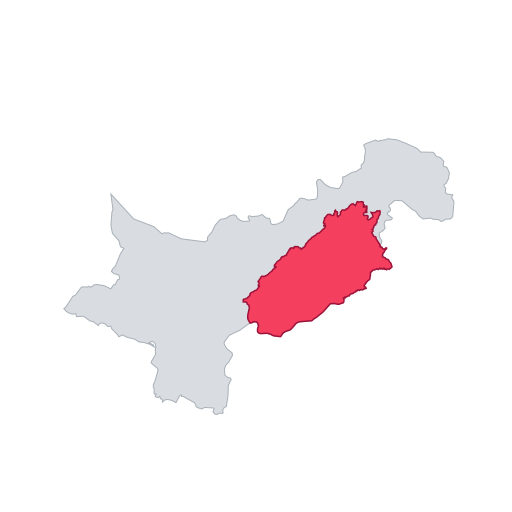 Pakistan, with Punjab highlighted, rotated 27°
{"feature_id": "PAK-1113", "entity_name": "Punjab", "entity_type": "Province", "adm_level": 1, "iso_a3": "PAK", "parent_name": "Pakistan", "parent_adm1": "", "projection": "equal_earth", "projection_center": [72.142, 30.862], "detail": "fine", "context": "in_parent", "style": "filled", "palette": "rose", "viewbox_px": 512, "rotation_deg": 27, "n_neighbors": 0, "source": "natural_earth", "source_scale": "10m", "svg_char_len": 9774}
<svg xmlns="http://www.w3.org/2000/svg" viewBox="0 0 512 512"><g transform="rotate(27 256 256)"><path d="M407.8,117.8L413.4,131.7L412.5,134.7L408.4,137.0L406.8,139.9L404.9,141.2L402.3,140.7L396.9,142.9L394.4,142.9L388.1,147.1L383.1,146.3L378.0,143.7L373.5,143.5L361.1,140.5L354.6,143.3L351.5,150.3L351.8,151.6L354.0,152.6L354.9,153.9L355.0,155.0L353.6,158.0L354.5,159.4L360.2,160.2L360.3,161.3L359.6,162.8L355.5,165.3L355.1,167.0L355.6,169.3L358.4,172.5L357.8,175.6L355.5,179.3L355.7,180.6L358.1,183.5L361.5,185.7L362.0,189.0L361.6,190.3L362.5,191.4L368.5,191.7L368.1,195.5L369.0,198.5L371.0,199.4L374.8,199.3L379.6,201.6L381.6,204.0L381.4,205.6L380.1,207.6L370.2,212.5L366.6,215.9L365.8,218.6L367.5,225.0L366.0,232.2L366.5,233.6L367.9,234.1L368.3,236.1L363.4,239.8L362.6,239.8L356.2,249.5L354.1,251.7L353.8,253.9L354.8,257.3L352.4,260.6L344.1,264.8L341.2,274.8L334.8,288.5L323.7,295.7L322.8,297.2L319.5,306.4L316.0,310.8L314.4,316.5L308.0,319.0L300.9,320.0L294.8,323.1L293.2,323.2L291.2,321.6L289.9,317.2L287.2,314.9L285.5,314.9L280.4,319.5L275.4,329.4L268.2,338.7L266.8,347.1L267.5,348.8L272.0,351.8L278.5,353.1L280.2,355.1L279.9,362.8L278.7,366.6L279.2,370.9L282.4,376.3L286.1,377.0L288.5,376.4L290.0,377.4L290.1,383.9L294.6,393.5L297.9,403.6L296.5,405.4L296.4,406.7L296.4,408.9L297.9,410.5L297.8,411.3L294.7,412.8L293.0,415.0L291.2,415.6L288.5,414.5L287.9,410.8L286.7,410.9L278.9,414.3L277.3,416.9L273.0,417.6L271.2,417.4L268.1,414.7L254.9,414.2L253.4,414.9L252.5,413.6L251.4,414.9L251.3,423.0L246.6,422.9L242.4,423.9L240.0,425.8L239.0,428.6L237.5,426.1L235.7,426.6L233.9,424.6L233.1,426.6L230.1,427.1L229.6,424.2L228.0,425.2L226.8,423.6L226.3,421.5L224.1,419.5L223.0,417.3L222.6,412.1L220.4,401.7L219.0,400.8L211.1,398.9L210.7,397.1L211.2,389.2L208.7,385.1L208.0,382.3L205.9,379.8L203.9,379.1L201.8,379.4L200.0,382.0L204.5,381.7L206.7,383.3L202.0,382.8L195.0,384.0L190.9,385.7L185.4,385.2L178.5,386.9L172.9,387.0L170.4,390.3L168.2,388.9L160.4,386.3L158.6,384.4L156.1,386.1L151.8,384.9L148.5,385.8L147.3,387.3L147.1,389.6L140.8,388.4L137.6,389.2L130.7,388.1L128.8,388.4L123.6,391.6L121.4,389.2L119.1,391.1L115.5,391.7L112.2,391.5L108.7,390.2L109.8,387.6L111.1,375.1L113.0,372.7L114.3,364.1L115.0,362.5L120.0,360.1L120.8,358.7L123.0,359.0L124.6,355.5L127.2,353.6L134.1,351.4L141.5,351.2L142.2,346.3L143.5,345.2L143.5,339.9L144.8,338.7L144.7,337.9L143.8,336.4L142.1,335.3L137.1,336.2L134.1,335.3L134.2,332.5L135.3,328.8L134.2,315.5L134.8,309.1L131.0,309.3L126.9,304.6L117.9,301.1L112.9,294.7L107.7,282.3L107.4,279.5L98.6,266.7L130.2,278.5L151.7,276.2L162.0,278.9L163.5,277.2L167.9,275.0L181.7,274.6L204.1,266.6L205.7,263.9L204.5,261.9L204.4,260.2L205.8,254.7L205.6,247.2L206.8,242.2L207.9,239.3L211.8,236.5L214.5,232.0L216.5,230.2L218.3,229.1L220.3,229.3L222.0,230.7L225.4,231.4L228.6,231.0L234.2,228.1L234.1,227.2L231.5,225.3L231.1,223.9L232.1,223.1L234.3,222.8L239.7,219.5L242.6,216.3L248.0,217.5L251.0,216.3L254.6,220.3L256.3,220.6L260.4,217.9L264.3,212.8L263.7,200.0L266.9,193.6L266.9,191.5L267.9,189.7L268.9,184.9L270.2,183.8L272.8,183.0L277.0,182.6L283.6,178.1L284.0,176.0L281.2,169.6L276.2,162.5L276.6,159.7L278.6,158.6L284.9,160.9L291.2,161.1L298.9,158.6L299.7,156.8L299.8,150.5L297.3,146.4L299.2,144.7L303.6,137.9L306.7,135.4L309.9,129.9L308.4,127.2L309.5,124.2L309.0,120.7L308.0,119.4L306.2,113.5L304.6,110.9L301.6,108.3L302.6,106.3L309.9,98.4L312.8,98.5L313.8,97.1L318.9,93.4L320.1,91.7L328.9,88.5L338.2,87.6L350.5,87.1L355.6,88.6L366.2,83.4L367.9,83.4L371.7,85.5L374.8,84.6L376.5,84.9L380.3,86.4L381.9,90.8L382.5,91.1L384.7,90.3L386.4,90.7L390.6,94.2L392.4,99.7L392.4,105.1L391.2,107.1L391.4,108.1L394.4,109.7L395.9,113.6L397.9,114.1L403.6,112.1L403.8,115.0L407.8,117.8Z" fill="#d9dde1" stroke="#a8b0b8" stroke-width="1"/><path d="M379.6,201.4L381.4,203.1L382.0,203.8L382.1,204.4L381.9,204.9L381.3,205.7L380.9,207.3L380.0,207.3L379.0,207.9L378.5,208.3L378.6,208.9L377.9,208.8L377.5,209.1L377.2,209.2L376.0,208.6L375.6,208.7L375.8,209.5L375.1,209.4L374.9,209.5L374.6,210.2L374.3,210.3L373.0,210.4L372.7,210.9L371.9,210.5L371.5,211.1L371.4,212.0L371.0,212.6L370.6,212.7L369.4,212.5L368.8,213.6L368.3,214.0L366.5,215.6L366.3,216.1L366.2,217.1L366.0,217.4L365.9,217.9L365.6,218.1L365.4,218.6L366.7,221.2L367.3,223.6L367.9,224.7L367.9,225.1L367.8,225.6L367.0,227.0L366.3,229.2L366.2,229.8L366.2,230.9L365.8,232.5L366.0,233.4L366.4,234.1L366.7,234.2L368.0,234.0L368.8,234.9L367.3,235.9L367.0,236.4L367.0,236.9L366.1,238.0L364.9,238.2L364.6,238.4L364.3,238.8L363.8,239.8L362.7,239.6L362.2,239.8L361.9,240.3L362.1,240.8L361.9,241.2L361.0,241.8L361.2,242.5L360.6,243.2L359.8,244.4L359.6,244.9L359.4,245.2L359.2,245.7L358.2,246.2L357.4,247.2L357.2,247.6L357.3,248.6L357.2,249.2L356.9,249.5L356.2,249.8L354.7,252.1L354.1,252.1L354.3,252.8L353.9,252.7L353.5,253.0L353.2,253.3L353.0,253.9L354.0,254.5L354.8,256.3L355.1,257.4L355.0,258.1L351.8,261.3L351.1,261.8L347.5,262.7L344.1,264.6L343.8,265.0L341.2,275.2L337.7,283.2L335.9,286.2L335.3,288.0L334.7,288.6L324.5,294.9L324.0,295.3L322.5,297.4L322.1,298.5L320.9,303.8L320.5,305.1L320.0,306.2L319.2,307.2L316.8,309.5L315.2,311.9L314.9,313.0L314.6,316.2L314.5,316.6L314.3,316.8L308.3,319.0L306.7,319.2L305.1,319.0L303.4,319.2L301.7,319.6L300.2,320.2L295.5,323.0L293.9,323.4L292.5,323.2L291.5,322.4L290.8,321.0L290.2,319.4L290.2,317.9L290.0,317.3L288.6,315.6L287.5,314.8L286.5,314.5L285.4,315.0L284.3,315.2L283.9,315.5L282.8,317.0L281.2,318.4L279.0,317.1L277.8,316.2L277.1,315.5L275.9,313.3L275.6,312.6L274.4,308.3L274.3,307.6L273.9,306.9L273.9,305.6L273.6,305.1L272.8,304.4L272.3,303.2L269.9,302.8L269.7,302.6L269.7,302.1L269.5,301.9L268.4,301.6L267.6,301.6L265.5,302.7L264.5,300.8L264.5,300.3L264.7,300.0L266.1,299.1L267.2,297.3L268.5,293.8L268.4,293.5L267.9,292.8L268.0,291.6L268.3,290.8L269.3,289.8L270.7,287.4L271.6,286.5L272.0,285.8L272.7,281.9L272.7,281.2L272.4,281.1L271.9,281.6L271.7,281.6L271.2,280.8L271.3,279.2L271.2,278.7L270.7,278.3L269.6,278.1L269.4,277.8L270.0,274.2L270.0,272.3L270.3,271.5L270.6,271.2L271.3,270.9L272.5,270.7L272.9,270.2L273.7,268.9L274.7,268.0L275.8,264.8L276.9,262.3L277.2,261.3L277.2,260.5L277.4,259.7L278.1,258.7L278.6,257.6L278.8,256.7L278.5,256.5L277.9,256.5L277.6,256.7L277.3,257.3L277.2,257.3L277.1,257.0L277.1,256.2L276.6,255.8L276.6,255.5L277.2,253.3L277.3,251.9L277.6,251.2L279.4,247.6L279.4,247.2L279.1,246.3L279.5,244.9L279.7,244.6L280.4,244.5L282.0,242.0L282.6,241.8L282.7,241.7L282.7,241.0L282.5,240.3L282.8,235.1L283.0,235.3L283.3,234.7L283.1,233.4L283.2,233.2L284.7,232.2L286.0,232.1L286.1,231.8L285.9,230.6L286.3,230.7L286.5,230.5L286.7,229.8L287.1,229.4L288.1,229.3L289.0,228.6L289.6,228.7L290.7,229.2L292.2,228.6L293.3,229.4L293.6,228.7L294.1,228.1L294.0,227.6L294.2,226.8L294.4,226.6L294.9,226.3L295.1,226.0L295.2,225.1L295.0,224.3L295.4,223.8L294.8,222.7L295.8,219.8L295.7,218.7L297.0,215.8L297.3,214.3L297.5,213.8L298.4,212.7L298.7,211.6L299.8,210.4L299.9,209.9L300.0,209.1L300.2,208.4L300.9,207.5L301.9,206.9L302.1,206.5L302.5,204.9L303.1,203.6L303.2,202.4L304.3,200.5L304.4,200.0L304.5,198.2L304.3,197.8L304.2,197.5L304.0,197.3L303.8,197.3L303.6,197.7L303.3,197.9L303.0,198.4L302.8,198.5L302.6,198.3L302.5,197.7L302.8,196.6L302.7,196.0L302.6,195.9L301.3,196.1L301.1,195.9L300.9,195.5L300.6,193.9L300.5,192.7L299.8,190.8L300.3,190.3L300.6,188.0L300.8,187.3L301.2,186.4L301.6,186.1L303.5,185.1L304.5,185.6L306.2,185.0L306.4,184.8L306.8,184.2L306.8,183.9L306.6,183.5L306.3,183.5L306.2,183.4L306.4,182.1L306.1,181.3L306.0,180.8L305.8,180.4L305.7,180.0L305.9,179.3L306.0,179.1L306.5,179.7L307.1,179.9L307.4,180.0L308.2,179.7L308.8,180.1L309.2,180.7L309.3,181.8L309.7,182.6L310.4,183.4L311.3,183.9L311.5,183.6L311.5,182.6L311.7,182.1L312.2,181.3L312.3,180.7L312.3,180.2L311.5,179.2L311.4,178.9L311.3,178.5L311.8,177.3L311.7,176.4L312.1,175.8L313.2,175.2L314.2,175.1L314.5,174.7L314.6,174.1L315.2,172.9L316.0,172.3L316.2,172.0L316.2,170.9L316.5,170.1L316.6,168.8L317.5,166.4L318.3,165.9L318.8,165.3L319.3,165.5L320.0,165.6L320.7,165.9L321.1,165.6L321.6,165.9L321.7,164.9L321.4,162.4L321.7,161.5L323.8,160.9L325.3,159.6L326.1,159.4L327.2,159.4L327.7,160.8L327.9,161.1L329.2,161.4L329.6,161.6L329.6,161.8L329.0,162.5L328.9,162.8L329.5,163.4L329.8,163.6L330.4,163.3L330.8,162.5L331.2,162.3L331.3,161.8L331.7,161.3L332.0,161.2L332.4,161.7L332.2,162.2L332.3,162.5L332.7,162.9L333.1,162.8L333.2,163.0L333.2,163.7L332.9,164.2L333.2,164.4L333.6,164.3L333.9,164.6L333.8,164.9L333.3,165.4L333.2,165.8L333.3,166.1L334.0,166.1L334.4,166.3L334.9,166.4L334.9,166.9L333.1,167.9L332.7,168.5L332.6,169.2L333.1,170.4L333.5,170.8L334.0,170.8L334.4,170.7L335.8,169.8L336.5,169.5L337.2,169.4L337.6,169.5L338.0,170.1L338.4,171.0L338.2,172.0L338.6,172.5L339.5,172.9L339.9,172.7L340.9,171.3L341.6,169.4L342.3,168.5L342.5,167.9L340.7,166.0L338.7,164.9L339.1,164.7L340.0,164.8L340.9,164.0L342.4,163.2L342.6,162.5L343.2,161.6L343.2,160.9L343.4,160.7L344.3,160.9L345.1,159.8L345.7,159.4L346.2,159.7L347.4,162.2L347.5,163.0L347.2,164.9L347.7,166.4L347.8,167.3L347.4,168.5L347.3,169.2L348.1,170.3L348.5,171.2L348.5,171.6L348.4,171.9L348.1,172.2L348.4,173.9L347.9,174.2L347.8,174.9L347.4,175.5L347.4,176.0L347.9,176.9L347.8,177.7L347.9,179.1L347.5,179.3L347.5,179.6L348.2,179.5L348.3,180.0L348.8,180.5L349.0,180.7L348.8,181.8L348.3,182.3L348.7,182.8L349.3,183.3L350.5,183.9L351.1,184.3L351.3,184.7L351.9,185.1L352.2,185.1L352.9,184.8L353.8,184.7L354.5,185.0L355.3,186.2L361.8,190.0L361.6,190.3L362.0,191.2L362.4,191.4L362.8,191.5L363.8,191.0L364.1,190.9L365.4,192.0L366.8,191.8L367.5,191.3L367.9,190.0L368.3,189.6L368.6,189.5L368.9,189.8L369.0,190.4L368.2,192.6L368.4,194.7L367.9,196.0L367.9,196.5L368.5,198.3L369.1,199.0L369.8,199.3L371.9,198.9L373.3,199.7L374.1,199.6L374.9,199.2L375.5,199.2L376.1,199.4L377.5,200.6L378.9,200.9L379.6,201.4Z" fill="#f43f5e" stroke="#9f1239" stroke-width="1.5"/></g></svg>